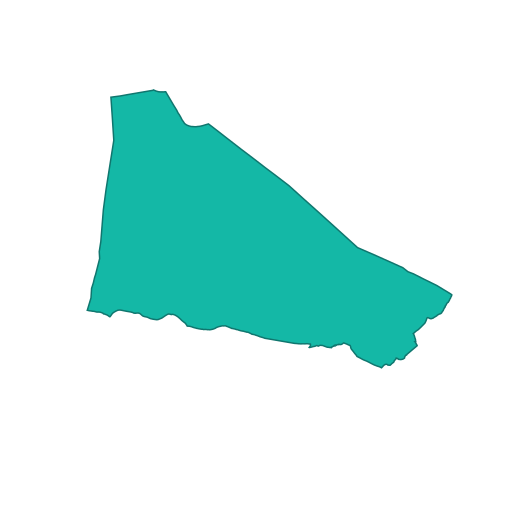 Xalatlaco, México, Mexico (Natural Earth projection), rotated 203°
{"feature_id": "50627088B62914317487686", "entity_name": "Xalatlaco", "entity_type": "district", "adm_level": 2, "iso_a3": "MEX", "parent_name": "Mexico", "parent_adm1": "México", "projection": "natural_earth1", "projection_center": [-99.395, 19.166], "detail": "fine", "context": "isolated", "style": "filled", "palette": "teal", "viewbox_px": 512, "rotation_deg": 203, "n_neighbors": 0, "source": "geoboundaries", "source_scale": "gbopen_adm2", "svg_char_len": 5838}
<svg xmlns="http://www.w3.org/2000/svg" viewBox="0 0 512 512"><g transform="rotate(203 256 256)"><path d="M390.1,140.1L389.3,140.3L388.3,140.4L386.6,140.9L384.9,141.3L383.4,141.8L382.0,142.0L381.1,142.1L380.1,142.4L379.7,142.6L378.8,143.0L377.5,143.4L376.0,143.5L374.8,143.6L373.7,143.1L373.0,143.4L372.2,143.4L370.4,143.5L368.6,143.3L367.6,143.0L367.1,142.9L366.7,143.0L366.6,143.3L366.4,143.9L366.1,145.3L365.7,147.1L364.8,148.7L363.6,150.3L362.0,152.1L360.2,153.1L358.6,153.5L356.6,153.9L353.2,154.6L349.5,155.5L347.5,155.8L346.2,155.7L344.8,156.1L343.6,156.8L342.2,157.5L340.4,157.7L339.1,157.3L337.7,156.8L336.4,156.5L334.7,156.7L332.9,157.1L331.4,157.2L328.7,157.1L326.0,157.6L323.8,158.2L322.4,158.6L321.2,159.3L320.0,160.5L318.4,162.1L316.1,165.7L314.8,167.5L313.9,168.4L313.0,168.7L312.1,168.9L311.5,169.0L311.2,168.9L310.3,169.6L309.2,169.9L307.4,170.0L305.8,169.8L304.2,169.5L302.6,169.0L301.1,168.5L299.2,167.7L297.1,167.1L294.8,166.5L293.3,165.6L291.9,164.6L289.9,165.3L288.3,165.6L287.6,165.7L286.8,165.7L285.4,165.8L284.6,165.9L283.7,166.1L282.3,166.2L281.7,166.4L281.0,166.5L279.6,166.8L278.4,167.1L277.6,167.3L276.6,167.7L275.7,167.8L275.0,168.1L274.2,168.5L273.5,168.8L272.4,169.1L271.6,169.3L270.9,169.7L270.0,169.9L269.1,170.4L268.2,171.0L267.2,171.7L266.2,172.6L265.2,173.6L264.7,174.4L264.1,175.1L263.6,175.6L263.0,176.1L262.5,176.6L261.8,177.0L261.3,177.4L260.5,178.0L259.4,178.7L258.7,178.9L257.9,179.3L256.6,179.9L256.1,179.8L255.3,179.8L254.6,179.9L253.8,179.9L253.2,179.9L252.5,179.9L251.8,179.9L251.0,179.9L250.3,179.8L249.6,180.0L248.1,180.3L247.1,180.5L246.2,180.6L245.3,180.6L244.5,180.9L243.7,181.0L242.8,181.0L242.0,181.1L241.0,181.2L240.0,181.4L239.1,181.6L238.3,181.9L237.4,181.9L236.3,182.1L235.6,182.2L235.1,182.2L234.3,182.5L233.3,182.7L232.3,182.7L231.4,182.6L230.6,182.6L229.9,182.5L229.1,182.4L228.5,182.6L227.9,182.7L227.1,182.9L226.3,183.0L225.2,183.0L223.6,183.2L222.2,183.2L221.7,183.3L221.0,183.2L218.0,183.6L216.6,183.7L215.8,183.7L214.9,183.9L213.3,184.3L186.4,190.6L184.4,191.3L182.7,191.8L180.5,192.6L179.0,193.3L176.6,194.3L174.6,195.3L172.3,195.9L171.5,196.2L171.3,195.9L171.1,195.5L170.9,194.9L171.0,193.7L171.3,192.6L171.2,192.6L170.9,192.7L169.4,193.8L167.9,195.0L167.7,195.1L167.3,195.4L167.1,195.5L166.2,196.2L166.1,196.3L165.6,196.9L165.3,197.2L165.0,197.4L164.2,197.3L163.6,197.4L163.6,197.5L163.2,197.6L163.0,197.9L162.9,198.0L162.7,198.2L162.5,198.4L162.3,198.6L162.2,198.8L161.7,199.0L161.2,199.2L160.7,199.3L160.4,199.5L159.2,199.7L158.0,199.7L157.9,199.7L157.7,199.7L156.7,199.8L156.4,199.8L156.2,199.8L155.7,199.8L154.8,199.9L154.7,199.9L154.1,200.1L153.2,200.4L152.6,200.5L151.7,200.8L150.9,201.1L150.7,201.1L150.5,201.7L150.4,202.1L150.5,202.1L149.9,202.8L149.5,203.1L149.0,203.6L148.5,203.9L149.1,204.1L149.0,204.3L148.7,204.6L148.4,204.8L148.1,204.9L147.9,205.1L147.7,205.3L147.4,205.3L147.1,205.3L147.0,205.5L146.7,206.0L146.4,206.1L146.0,206.5L145.6,206.7L145.2,206.7L145.2,207.1L144.5,207.3L143.7,207.5L143.3,207.6L143.0,207.9L142.8,208.1L142.4,208.5L141.8,209.5L141.3,210.3L140.2,210.3L138.2,210.4L135.7,210.3L135.3,210.4L134.4,210.4L133.6,209.6L132.7,208.3L131.8,207.5L131.6,207.4L130.8,207.0L129.9,206.5L128.9,206.0L127.8,205.3L126.3,204.5L125.3,204.0L124.9,203.8L124.7,203.7L124.2,203.3L123.8,203.0L122.1,202.9L121.2,202.8L120.4,202.8L119.9,202.7L117.7,202.5L115.9,202.4L113.0,202.5L111.9,202.4L111.2,202.4L107.8,202.1L106.2,202.0L104.5,201.9L102.7,202.0L101.7,202.0L99.0,202.3L98.1,202.2L97.5,202.2L96.8,202.1L96.3,203.3L96.0,204.3L95.7,205.1L95.2,206.1L94.7,206.6L93.9,207.2L93.2,207.4L92.6,207.3L92.0,207.1L90.8,207.5L89.9,207.8L89.4,208.8L88.9,210.1L88.2,211.3L87.8,211.9L87.7,213.0L87.8,213.7L87.5,214.5L87.0,215.4L87.1,216.3L87.1,216.8L85.3,217.0L84.9,216.7L84.7,216.5L82.6,217.1L82.1,217.3L80.8,218.2L80.1,218.9L79.7,219.6L79.4,220.1L79.7,221.4L79.4,223.2L78.7,223.6L78.7,224.3L78.5,224.7L72.6,236.4L73.1,236.9L73.4,237.2L73.5,237.2L74.0,237.6L74.3,237.8L74.5,238.0L75.1,238.5L75.5,238.8L75.8,239.0L76.0,239.1L75.7,239.2L75.5,239.3L75.4,239.5L75.6,239.8L76.5,241.1L76.5,241.3L76.7,241.6L77.9,242.9L78.9,244.2L79.0,244.3L80.7,246.0L80.9,246.1L80.7,246.4L79.5,249.0L78.8,250.2L77.8,251.7L77.1,253.3L76.2,255.4L76.1,255.7L75.2,257.9L74.3,260.2L74.3,260.6L74.2,261.8L74.2,263.2L74.3,264.5L74.4,265.4L74.3,265.7L74.2,266.0L74.0,266.3L73.6,266.4L73.0,266.5L72.0,266.4L71.5,266.4L70.8,266.5L70.1,266.8L69.8,267.1L68.9,267.8L68.5,268.3L68.2,268.9L67.6,269.7L66.2,271.6L66.0,272.4L64.2,274.6L63.6,274.9L63.2,275.6L62.9,276.3L62.8,277.4L62.4,278.9L62.4,280.3L62.4,281.2L62.4,281.4L62.3,281.5L62.2,281.7L62.2,281.8L62.2,282.0L62.3,282.2L62.3,282.4L62.2,282.6L62.1,282.8L61.9,283.1L62.0,283.4L62.1,283.5L62.3,283.8L62.3,284.0L62.1,284.4L62.0,284.5L62.0,285.0L61.9,285.2L61.8,285.4L61.8,285.6L61.8,285.8L61.9,286.3L61.9,286.5L61.8,286.8L61.6,287.5L61.4,288.1L61.0,288.4L60.9,289.3L60.8,289.8L60.7,290.6L60.7,291.3L60.7,292.2L60.5,293.1L60.5,293.8L60.6,294.5L60.4,295.4L60.5,296.1L60.5,296.7L61.7,297.1L78.1,299.5L92.6,300.3L104.1,301.1L110.1,300.9L116.2,302.6L145.2,303.2L165.8,303.4L191.6,312.4L216.1,320.9L235.2,327.4L253.1,333.6L268.6,337.6L282.3,341.0L296.8,344.8L311.5,348.5L329.3,353.2L347.0,357.9L351.4,359.0L356.1,355.1L357.6,354.0L358.8,353.2L360.2,352.5L361.3,351.8L362.5,351.2L364.6,350.5L366.2,349.9L367.9,349.6L369.6,349.5L371.1,349.5L372.5,349.8L373.6,350.1L375.2,351.2L377.2,352.4L378.5,353.5L379.7,354.5L382.1,356.3L383.2,356.9L384.2,357.7L385.9,359.2L390.6,362.5L403.3,371.9L404.0,371.6L405.0,371.0L406.5,370.4L407.9,369.8L409.6,369.2L410.8,369.0L412.4,368.8L415.3,368.8L415.7,368.2L437.2,354.4L443.6,350.2L451.6,345.5L443.0,328.6L432.1,306.9L420.0,258.6L414.6,239.0L404.5,208.7L402.0,198.8L398.9,192.5L397.8,185.2L396.4,176.1L396.2,173.3L395.2,167.5L394.7,162.0L391.5,152.9L390.1,140.1Z" fill="#14b8a6" stroke="#0f766e" stroke-width="1.5"/></g></svg>